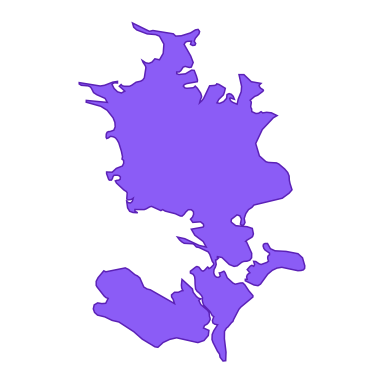 the border of Sjaælland
{"feature_id": "DNK-3420", "entity_name": "Sjaælland", "entity_type": "Region", "adm_level": 1, "iso_a3": "DNK", "parent_name": "Denmark", "parent_adm1": "", "projection": "orthographic", "projection_center": [11.743, 55.283], "detail": "fine", "context": "isolated", "style": "filled", "palette": "violet", "viewbox_px": 384, "rotation_deg": 0, "n_neighbors": 0, "source": "natural_earth", "source_scale": "10m", "svg_char_len": 5972}
<svg xmlns="http://www.w3.org/2000/svg" viewBox="0 0 384 384"><path d="M277.1,115.6L273.3,117.8L262.3,129.5L255.7,143.5L259.4,155.9L265.9,161.7L268.2,162.4L276.5,162.9L278.8,164.0L284.6,168.9L287.7,172.5L289.1,176.0L289.3,180.0L290.0,183.5L292.0,189.8L289.2,193.1L282.3,198.2L254.0,205.0L251.9,207.4L248.5,209.6L245.8,213.6L244.2,218.5L245.0,222.5L244.0,224.5L242.8,225.4L241.6,225.2L240.4,224.1L241.4,219.0L239.8,215.8L237.0,214.9L231.4,219.3L231.1,221.7L231.9,222.7L235.8,225.7L247.1,226.7L252.3,228.4L253.4,233.9L252.7,236.2L251.9,237.2L246.9,240.2L245.6,241.4L246.6,242.0L251.7,253.3L251.6,257.8L249.8,260.2L247.0,261.2L243.8,261.4L241.8,262.2L237.2,265.8L234.1,266.4L229.3,264.5L222.0,257.5L217.4,256.6L217.3,257.8L218.3,258.3L216.7,259.8L215.6,260.0L216.2,264.5L215.3,267.2L214.0,269.6L213.7,272.9L214.7,275.6L216.5,277.2L218.6,277.4L220.3,276.0L219.3,272.9L220.5,272.8L223.9,271.2L225.0,272.5L227.2,277.8L232.9,283.0L235.2,284.2L240.3,283.0L242.8,282.9L244.9,284.9L248.8,290.8L252.9,295.6L252.9,297.0L240.9,307.0L238.9,309.3L233.6,319.5L232.9,321.5L231.6,322.5L227.9,327.0L226.5,328.0L224.5,331.3L224.4,338.8L226.0,352.2L225.7,360.7L223.0,361.0L220.1,357.3L219.5,354.0L217.5,351.3L213.0,342.4L212.0,339.5L212.2,334.5L213.8,330.7L217.6,324.8L214.8,324.2L212.9,322.9L212.4,320.5L213.8,316.6L212.3,315.6L210.1,311.7L203.7,305.1L202.6,302.0L202.3,300.1L202.5,297.6L201.6,295.7L199.2,293.0L197.1,291.3L195.6,289.0L195.1,284.3L195.0,279.9L194.6,276.6L193.2,274.3L190.4,273.0L190.4,271.2L195.6,267.1L196.9,266.5L198.9,267.2L201.5,270.5L203.0,271.2L204.5,270.3L207.6,267.0L208.1,267.3L209.0,268.6L210.9,267.5L213.7,264.7L213.7,263.3L212.3,261.4L209.7,254.2L208.1,251.8L199.0,247.5L196.4,247.0L193.9,244.3L192.8,243.8L184.2,243.3L181.7,241.8L179.5,239.8L177.5,237.1L184.8,238.7L199.1,245.4L206.2,247.0L203.2,241.5L194.8,235.2L191.3,229.2L203.0,227.1L203.7,226.1L203.4,224.2L200.5,221.8L192.8,222.4L190.5,219.2L192.5,217.1L193.6,214.3L193.4,211.6L191.3,209.7L188.3,209.7L186.0,211.8L184.0,214.4L182.1,216.1L180.3,216.0L175.3,213.7L165.2,211.1L162.7,209.6L160.9,210.6L151.6,206.4L149.8,206.8L146.1,208.9L144.2,209.6L134.9,209.5L134.9,211.1L137.7,212.8L133.0,212.5L129.7,211.3L127.6,207.9L126.7,201.4L128.7,202.8L130.6,202.9L132.3,201.4L133.2,198.2L131.8,199.2L130.3,199.7L127.2,199.9L126.8,198.6L127.2,192.8L126.3,191.5L123.9,190.0L116.5,183.1L115.3,180.9L116.5,180.4L118.5,180.2L120.1,179.4L120.4,177.0L119.3,175.8L117.4,175.2L114.0,175.3L113.0,176.6L112.4,178.6L111.4,180.1L109.3,180.1L108.5,179.0L106.6,173.7L106.6,172.0L112.2,172.2L116.3,168.4L122.4,166.0L123.7,163.2L123.6,160.4L122.0,159.1L122.5,156.7L121.4,151.3L118.8,142.9L117.1,139.9L115.5,137.9L113.4,136.8L110.6,136.3L108.2,138.0L106.7,138.5L106.1,137.2L106.3,134.0L107.1,132.3L108.4,131.6L110.2,131.5L113.8,130.2L115.2,126.8L114.9,122.4L113.1,117.8L107.2,110.3L100.8,106.3L86.2,102.2L86.3,100.4L107.3,102.4L105.1,98.4L96.8,94.7L93.6,92.6L91.5,88.5L90.5,87.0L88.3,85.9L81.3,85.3L79.2,84.0L79.2,82.6L100.2,86.0L104.5,85.3L112.9,82.1L117.5,81.4L117.5,83.0L114.6,82.8L113.2,83.3L112.0,84.4L114.1,88.5L117.5,91.8L121.4,93.0L124.8,91.1L119.3,86.2L121.1,84.5L122.3,85.8L124.6,86.3L129.4,86.3L131.5,85.4L136.1,82.2L140.6,81.2L142.7,80.0L144.3,77.9L145.9,67.7L145.4,65.9L143.1,62.4L142.3,60.5L145.7,62.8L148.9,63.4L152.0,62.1L154.9,58.8L159.5,59.8L163.2,53.4L163.9,44.1L159.5,36.2L155.7,34.6L147.2,33.9L136.7,29.9L133.7,27.2L132.5,23.0L149.4,31.3L152.9,30.5L173.3,33.8L175.7,36.1L181.2,35.8L190.5,32.9L195.4,29.9L198.1,29.4L199.6,31.5L199.0,33.8L195.3,38.3L194.2,41.2L195.7,43.6L194.9,45.2L192.7,45.5L190.5,44.4L191.4,41.2L187.1,41.4L185.4,42.3L184.1,44.4L190.7,56.0L193.2,62.5L191.3,67.1L189.3,67.5L185.2,66.4L183.2,67.1L180.8,70.7L179.2,72.0L176.7,72.0L176.7,73.7L178.9,74.5L185.5,73.8L191.7,70.1L194.2,70.4L196.4,76.1L197.5,80.0L197.3,81.7L186.6,83.6L184.3,84.6L183.3,86.1L185.0,88.0L186.9,88.3L192.9,87.8L194.2,87.2L195.2,86.1L197.4,88.3L200.6,93.1L201.6,96.2L201.5,97.4L200.7,98.8L199.6,102.8L202.0,100.6L203.7,98.3L209.6,85.8L214.8,85.4L216.4,84.6L216.8,83.8L218.9,84.4L225.3,88.3L224.4,92.2L223.4,94.9L218.7,99.5L217.0,102.8L219.7,103.4L223.6,101.6L226.6,98.3L227.0,94.5L229.1,93.6L231.3,94.3L233.2,96.3L234.4,99.3L230.2,97.9L229.7,98.5L230.5,100.7L232.6,102.3L237.1,104.2L238.2,99.2L241.2,91.7L241.6,86.4L239.0,74.6L243.9,74.6L251.3,81.7L261.0,83.4L259.1,85.2L259.4,86.5L260.5,88.1L263.0,89.7L263.4,90.3L262.9,91.3L257.7,95.2L254.7,96.4L250.1,100.2L251.1,101.7L251.3,102.6L250.7,106.5L251.0,107.8L251.6,108.8L251.8,111.6L255.9,113.5L258.5,113.3L261.1,111.7L262.7,112.9L266.6,112.3L271.4,112.8L277.1,115.6ZM208.7,322.4L207.1,324.1L204.5,325.5L203.5,328.0L208.9,330.4L208.3,335.5L204.0,340.5L197.9,342.6L176.6,337.8L169.7,339.4L163.1,342.5L157.9,347.3L154.9,346.8L142.2,339.1L133.8,331.7L118.9,322.0L112.1,320.4L104.9,316.9L97.5,315.1L94.6,312.5L93.3,308.9L94.2,304.9L97.6,302.9L101.8,303.6L105.7,303.3L108.2,298.4L106.0,297.6L104.2,296.1L97.1,287.0L96.2,285.4L96.2,281.3L98.1,277.6L103.8,270.8L105.8,271.8L125.3,267.9L128.6,269.5L135.0,274.8L137.4,275.9L139.8,277.9L143.8,287.0L147.1,289.0L150.3,289.8L174.5,303.6L173.2,299.5L171.6,296.9L171.5,294.9L174.5,292.3L178.3,292.3L181.6,290.8L182.9,290.6L181.7,288.0L181.4,285.1L182.0,279.4L192.4,288.9L193.2,292.3L196.4,296.5L198.5,298.2L200.8,298.8L198.8,300.4L200.8,304.6L207.6,310.3L209.1,312.6L209.5,316.5L210.1,318.2L210.1,319.6L208.7,322.4ZM286.1,251.4L298.0,253.7L302.5,257.8L304.8,265.9L304.6,268.5L303.3,269.9L301.1,270.5L297.9,270.7L281.8,267.3L276.9,268.1L272.3,270.3L267.7,274.2L260.5,284.1L258.0,285.7L254.0,285.0L245.3,280.8L245.3,279.3L247.2,279.3L246.6,276.9L247.2,275.0L248.4,273.7L249.9,272.8L247.2,269.6L250.2,266.2L251.9,265.3L253.7,266.3L254.6,264.6L253.6,261.3L255.8,261.5L259.1,263.8L261.1,264.5L266.9,262.4L268.5,261.2L267.8,258.9L267.7,257.0L268.3,255.6L269.5,254.8L269.5,253.1L265.0,250.0L263.8,248.3L263.1,246.0L263.5,244.3L265.0,243.5L267.5,243.5L270.4,248.7L275.0,250.8L286.1,251.4Z" fill="#8b5cf6" stroke="#5b21b6" stroke-width="1.5"/></svg>